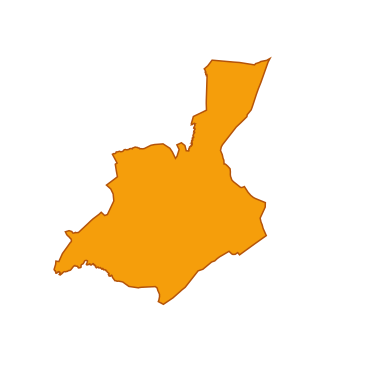 Nueva Vizcaya, Nueva Vizcaya, Philippines, rotated 222°
{"feature_id": "2640588B36229801410553", "entity_name": "Nueva Vizcaya", "entity_type": "district", "adm_level": 2, "iso_a3": "PHL", "parent_name": "Philippines", "parent_adm1": "Nueva Vizcaya", "projection": "equal_earth", "projection_center": [121.302, 16.256], "detail": "fine", "context": "isolated", "style": "filled", "palette": "amber", "viewbox_px": 384, "rotation_deg": 222, "n_neighbors": 0, "source": "geoboundaries", "source_scale": "gbopen_adm2", "svg_char_len": 5652}
<svg xmlns="http://www.w3.org/2000/svg" viewBox="0 0 384 384"><g transform="rotate(222 192 192)"><path d="M263.6,291.3L263.3,290.9L262.5,290.7L262.5,290.2L262.4,289.9L262.2,289.8L261.7,290.0L261.6,289.9L261.4,289.4L260.9,289.3L260.5,288.6L260.3,288.5L260.1,288.6L259.6,289.1L259.5,288.8L259.2,288.5L259.0,288.0L258.6,288.1L258.4,288.3L242.8,269.8L240.7,267.4L236.0,262.5L241.5,249.0L238.2,242.3L237.5,242.4L237.4,241.7L236.9,242.3L237.0,242.6L237.0,242.9L236.5,243.9L236.4,244.4L235.9,244.9L235.7,245.3L235.8,244.7L235.7,244.6L235.3,244.8L235.4,244.3L235.4,244.1L235.2,243.9L234.9,244.0L234.5,243.8L234.4,243.2L234.0,242.3L233.9,241.4L233.6,240.8L233.3,240.7L233.2,240.8L233.2,240.6L232.8,240.7L232.3,240.6L232.0,240.9L231.8,240.7L231.7,240.6L231.8,240.2L231.5,239.3L231.4,239.2L231.2,238.8L231.4,238.6L231.4,238.4L231.0,238.1L230.9,237.8L230.6,238.0L230.1,237.9L230.0,237.7L229.9,237.8L229.8,237.3L229.7,237.3L229.7,236.9L229.8,236.8L229.7,236.5L229.6,236.4L229.7,235.9L229.5,235.6L229.1,235.3L229.1,234.7L228.7,234.3L228.5,234.2L228.3,234.0L227.7,234.1L227.4,233.9L227.2,233.5L227.3,233.1L227.5,233.3L227.7,233.2L227.9,232.3L227.7,232.1L227.5,231.9L227.1,231.7L226.7,231.2L226.7,230.6L226.3,230.8L226.4,230.2L226.2,230.1L226.2,229.8L226.0,229.5L225.6,229.3L225.6,229.0L225.8,228.8L225.6,228.4L225.3,228.5L225.1,228.5L224.8,228.1L224.8,228.5L224.5,228.5L224.3,228.1L224.5,227.7L224.1,227.9L223.8,227.7L223.7,227.6L223.6,227.1L223.4,226.8L223.3,226.0L223.5,225.6L223.4,225.4L223.7,225.3L223.6,225.1L223.6,224.7L223.9,224.3L223.9,224.0L223.7,224.1L223.7,223.8L223.5,223.3L223.3,223.2L223.1,223.5L223.2,223.1L223.1,222.7L223.2,222.2L223.2,221.7L222.2,220.9L221.9,220.3L223.9,218.8L228.4,221.8L232.8,221.5L234.8,216.9L230.0,215.0L227.0,208.4L226.8,205.9L233.4,208.6L237.7,209.7L245.7,208.4L251.6,202.2L253.8,199.2L256.5,192.4L257.9,190.7L259.1,190.0L259.6,189.2L260.1,189.2L260.5,189.3L260.8,189.3L261.4,188.7L262.2,188.7L263.8,187.6L264.3,187.4L264.9,186.1L265.5,185.1L265.2,184.2L265.4,184.0L266.0,183.9L266.5,183.5L267.4,182.3L267.3,181.6L267.8,180.9L268.0,180.5L268.4,180.2L268.6,179.8L269.0,179.5L270.1,178.9L270.6,178.0L270.7,177.7L270.6,176.5L270.9,175.4L271.8,174.3L272.0,174.1L272.9,173.9L273.2,173.7L274.0,172.2L275.1,171.1L275.1,170.8L274.7,169.9L274.7,169.6L275.1,168.8L276.0,168.0L276.1,167.8L276.2,167.3L276.4,166.8L267.0,163.4L267.6,161.3L262.4,157.1L257.6,153.4L258.5,148.5L260.2,139.9L254.4,139.9L249.3,137.8L244.1,133.0L239.8,118.7L241.1,116.1L245.9,116.2L246.1,113.5L247.6,105.7L247.9,102.9L248.2,98.6L249.3,85.9L251.2,83.9L251.7,83.9L251.9,83.1L252.4,82.3L253.2,81.8L254.9,82.2L257.5,81.0L259.5,77.7L256.6,76.5L255.2,76.3L253.9,76.4L253.4,76.3L252.3,76.3L251.8,76.1L250.7,76.2L249.4,75.5L248.5,74.4L248.6,73.0L247.9,67.1L247.1,59.6L244.4,51.2L246.9,49.6L244.9,46.9L242.7,42.2L242.3,42.1L241.7,41.7L241.0,42.0L240.8,41.7L240.5,41.6L240.1,41.7L239.8,41.3L239.5,41.2L239.4,41.0L238.9,40.6L238.5,40.8L238.5,41.2L238.2,41.4L238.1,41.9L238.2,42.4L237.9,42.7L238.1,42.9L238.0,43.1L237.8,43.1L237.8,43.6L237.7,43.8L237.3,43.9L236.9,43.8L236.7,44.0L236.3,43.9L236.1,43.7L235.7,43.5L235.8,43.0L235.5,41.8L234.4,42.2L234.0,44.8L234.0,45.0L234.2,44.9L234.3,45.0L234.1,45.4L233.9,46.6L233.7,47.2L233.4,47.6L233.2,47.8L232.8,47.9L232.3,48.5L232.0,49.1L231.4,49.8L231.2,51.0L230.5,51.7L230.1,52.5L230.0,53.3L230.3,57.5L229.9,58.8L229.6,58.6L229.2,59.0L228.1,59.6L227.8,60.0L226.6,60.1L226.3,59.7L225.8,59.6L225.4,59.7L224.5,60.9L224.2,61.4L224.2,62.0L225.0,62.8L225.4,63.4L225.5,64.1L224.9,65.9L225.2,67.5L225.6,68.5L225.7,68.9L225.5,69.6L224.6,70.6L223.7,70.9L223.4,70.6L222.5,69.1L222.2,67.7L221.9,67.4L221.6,67.4L221.2,67.6L220.4,68.8L220.3,69.3L220.0,70.2L219.7,70.3L219.0,69.8L218.8,69.8L218.6,70.0L218.0,70.4L217.9,71.0L217.7,71.7L217.7,72.4L217.6,72.6L217.4,72.7L217.1,72.5L216.5,72.6L216.4,72.4L216.3,72.2L216.1,72.2L215.6,72.7L214.9,72.3L214.7,72.3L214.2,72.6L213.9,72.3L213.9,72.1L213.6,71.8L213.2,71.9L212.5,71.7L212.5,71.9L212.2,72.2L211.7,73.2L211.5,73.4L211.3,73.4L210.8,73.1L210.0,73.6L209.4,74.6L208.6,74.3L208.1,74.4L207.4,74.3L207.2,74.5L207.4,75.1L207.3,75.3L207.1,75.5L206.5,75.4L206.1,75.1L205.4,75.1L205.1,75.4L204.9,75.9L204.8,76.0L204.2,76.1L203.9,76.3L203.7,76.3L203.5,76.0L203.2,75.9L202.7,76.1L202.1,76.1L201.2,75.8L199.2,75.9L198.9,75.1L198.7,74.9L198.4,74.7L198.5,74.6L198.2,74.5L198.3,74.7L198.0,74.7L197.8,74.3L197.6,74.2L196.9,74.6L196.6,74.6L196.4,75.3L196.3,75.1L196.2,75.1L196.1,75.3L195.9,76.3L195.6,76.4L193.8,75.3L189.9,74.5L189.2,75.2L188.0,75.5L187.1,76.5L184.4,78.2L183.2,78.8L175.7,79.6L167.6,85.0L167.3,85.6L165.8,87.4L155.9,97.2L153.5,97.3L151.8,96.1L147.8,94.3L146.1,92.5L144.4,89.7L143.7,88.0L138.1,89.4L135.3,100.6L134.0,112.4L133.3,116.6L134.7,137.5L132.2,141.9L130.6,153.1L129.0,156.0L128.7,159.4L128.1,162.4L127.3,164.8L124.8,172.7L121.0,172.6L119.8,173.0L118.2,174.6L117.5,177.5L114.6,177.1L110.9,194.6L107.6,209.3L114.8,212.5L117.8,214.5L120.7,215.9L123.9,218.2L127.5,229.8L130.4,233.2L140.7,229.5L142.7,229.0L146.0,228.8L150.2,229.3L156.7,231.1L157.4,229.6L157.9,228.8L158.5,228.2L159.2,227.9L167.8,227.4L170.2,227.5L172.0,228.4L172.6,228.8L173.7,229.3L175.3,230.7L177.0,232.7L179.2,234.7L182.5,235.1L185.1,235.1L186.3,234.9L186.9,234.3L189.7,237.0L191.3,237.7L194.5,240.0L198.6,241.9L200.4,245.1L201.0,247.5L202.6,269.9L202.1,276.1L201.6,284.7L202.7,286.4L203.0,292.7L204.4,296.1L209.5,307.6L211.7,312.9L214.2,319.7L222.4,339.5L223.4,343.4L224.6,339.8L228.2,335.0L228.7,333.2L229.0,332.8L230.1,330.8L230.5,330.3L230.6,329.8L230.5,329.3L230.7,328.8L230.6,328.3L243.4,320.0L247.1,317.1L265.3,303.4L264.7,296.3L265.3,291.7L263.6,291.3Z" fill="#f59e0b" stroke="#b45309" stroke-width="1.5"/></g></svg>